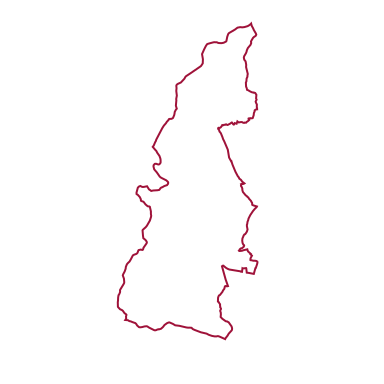 the district of Copsa Mica, Sibiu, Romania, rotated 257°
{"feature_id": "2599482B61193190522325", "entity_name": "Copsa Mica", "entity_type": "district", "adm_level": 2, "iso_a3": "ROU", "parent_name": "Romania", "parent_adm1": "Sibiu", "projection": "albers", "projection_center": [24.264, 46.118], "detail": "fine", "context": "isolated", "style": "outline", "palette": "rose", "viewbox_px": 384, "rotation_deg": 257, "n_neighbors": 0, "source": "geoboundaries", "source_scale": "gbopen_adm2", "svg_char_len": 6034}
<svg xmlns="http://www.w3.org/2000/svg" viewBox="0 0 384 384"><g transform="rotate(257 192 192)"><path d="M342.8,287.5L342.5,287.1L341.6,285.2L341.3,284.2L341.1,283.6L340.9,280.2L341.1,278.1L341.8,276.0L341.9,273.3L340.6,270.4L338.6,264.0L338.2,263.3L337.6,262.7L335.4,261.3L331.4,259.5L331.0,259.1L330.5,257.3L330.3,256.3L330.4,254.2L331.1,251.7L331.6,250.7L332.3,249.9L333.0,247.1L333.0,245.8L332.9,242.7L332.8,240.9L332.6,239.9L331.1,238.3L328.1,235.8L324.1,232.8L318.9,232.5L314.9,231.4L312.8,229.2L312.3,228.1L307.9,216.9L306.2,212.3L305.6,211.4L304.1,210.1L301.2,205.8L300.6,202.8L300.1,201.5L299.8,201.1L299.0,200.6L296.7,200.3L294.0,199.4L289.3,198.9L286.1,197.5L284.9,197.4L279.7,195.7L276.6,195.9L275.8,194.8L273.9,193.2L272.3,192.6L271.0,192.0L268.5,190.2L268.3,189.9L267.9,188.6L268.3,186.2L267.8,185.5L267.4,185.3L266.1,183.3L264.8,182.0L263.0,179.5L260.8,177.3L251.0,168.9L249.9,168.3L248.7,167.2L245.9,165.2L244.8,163.9L240.9,165.9L240.2,166.4L237.9,167.0L234.5,168.4L231.8,168.7L230.3,168.6L228.0,168.1L227.3,167.7L226.4,166.5L226.3,165.8L226.4,165.3L227.5,163.5L227.8,162.3L227.7,161.9L226.7,160.6L225.4,160.2L222.5,160.3L219.1,162.1L214.3,164.0L213.3,164.7L212.2,165.9L209.2,169.5L207.8,170.5L207.0,170.9L206.4,170.9L205.4,170.5L204.3,169.2L204.1,166.9L203.9,165.9L203.3,164.1L203.3,163.3L202.9,162.3L201.5,160.7L201.4,160.5L201.5,158.7L202.2,154.5L202.2,152.5L203.1,151.8L204.2,150.7L207.7,149.5L207.8,146.0L208.1,144.7L209.5,143.0L209.2,141.4L208.4,140.2L203.9,137.8L202.5,137.5L202.1,137.8L201.5,138.5L198.8,140.0L196.5,140.5L195.0,140.3L194.3,141.1L193.5,142.4L193.1,142.7L190.4,143.9L188.2,145.5L187.9,145.9L187.5,147.2L187.1,147.6L182.4,147.6L179.8,147.0L178.0,146.9L176.8,146.4L173.6,144.5L169.3,140.5L168.2,139.1L166.3,135.7L165.8,135.2L160.4,134.4L157.9,134.2L156.0,135.7L154.9,136.3L153.5,136.7L152.8,136.6L152.1,136.1L148.6,132.2L147.4,131.6L146.8,131.1L146.7,130.5L147.4,129.2L147.4,126.9L147.0,126.5L145.1,125.3L144.6,124.7L144.2,123.8L143.9,121.3L143.5,120.1L140.2,117.3L138.3,115.5L137.2,113.6L136.2,112.3L133.9,110.7L132.2,110.1L129.7,108.5L127.4,106.5L126.3,105.8L122.9,106.2L119.4,105.7L118.6,105.4L117.5,104.5L112.9,100.0L112.2,99.7L110.9,99.5L110.3,99.2L108.4,97.8L108.0,97.2L105.8,96.3L102.9,95.5L101.3,94.9L96.9,94.0L96.4,94.1L94.0,95.5L92.7,97.2L91.8,97.9L89.1,99.0L87.9,100.1L87.0,100.5L85.6,99.7L83.5,99.4L82.3,98.2L81.5,100.7L80.4,101.8L80.0,102.5L79.8,103.1L78.7,104.6L77.0,107.3L75.9,108.0L74.3,108.5L72.3,109.9L72.0,110.5L71.8,111.1L71.6,113.0L71.7,115.4L71.5,117.0L71.3,117.8L71.0,118.3L69.6,119.6L66.1,123.8L65.7,124.4L65.5,125.0L65.5,126.2L65.8,127.3L65.8,128.6L65.6,128.8L65.7,131.0L67.0,133.4L68.6,135.3L69.1,136.5L69.8,138.1L70.1,139.9L70.0,140.7L67.8,143.7L65.9,145.6L64.5,149.5L61.3,156.0L60.7,157.6L60.4,159.1L59.8,161.0L58.3,161.9L57.1,163.4L53.3,169.1L50.7,174.4L49.1,176.2L47.3,179.1L46.2,181.6L45.8,183.4L45.8,184.6L45.5,185.4L44.7,186.6L41.2,191.2L42.0,191.8L44.0,194.3L45.7,195.9L48.2,199.5L48.7,199.9L49.6,200.3L50.8,200.4L52.2,200.3L56.8,198.4L58.1,196.9L58.2,196.4L58.5,195.8L61.7,193.0L63.8,191.8L66.2,192.6L68.1,192.9L69.7,192.7L70.1,192.8L71.3,193.8L71.9,194.0L73.6,193.5L74.2,193.8L75.2,193.8L76.3,194.1L77.7,193.5L78.5,193.4L79.4,192.6L83.1,193.6L84.4,194.4L85.1,195.0L85.4,196.1L87.9,199.2L89.1,200.1L90.4,201.7L92.6,202.8L92.8,203.3L92.8,203.8L92.4,204.4L92.2,205.1L92.2,205.9L99.1,205.1L112.9,204.5L113.3,205.7L113.1,206.1L112.7,206.3L110.3,208.2L109.1,209.5L108.1,210.9L103.7,221.6L103.4,221.7L103.0,222.8L106.3,224.0L106.2,224.1L105.9,225.5L105.7,227.6L105.4,227.7L101.1,227.2L100.4,229.1L98.3,233.8L103.3,236.5L103.2,236.7L103.5,237.0L106.9,239.1L108.5,239.9L109.5,240.0L110.3,239.2L110.9,237.8L111.2,236.4L112.2,234.4L112.4,233.7L112.5,233.6L113.7,233.9L114.6,234.4L116.5,236.1L118.1,235.0L118.4,235.4L121.4,233.3L122.6,233.0L123.7,233.0L123.7,229.2L123.5,227.5L123.7,225.8L123.9,224.8L124.2,224.6L124.4,225.0L125.1,225.3L125.3,225.5L126.0,226.7L126.0,228.0L126.9,229.9L127.7,230.6L128.2,230.8L128.6,230.7L129.1,230.2L131.0,229.8L133.3,230.0L135.4,230.7L137.4,232.2L138.0,232.5L138.9,233.6L138.9,234.2L139.5,235.0L141.1,236.6L143.0,237.7L146.3,237.8L147.7,238.1L148.4,238.6L150.5,239.4L151.9,240.4L153.4,241.1L156.4,243.6L159.7,247.1L161.5,249.5L162.7,251.5L163.3,252.0L164.9,249.2L165.8,247.9L166.0,247.8L167.7,248.1L168.4,248.0L169.1,247.6L170.0,247.5L172.7,246.0L174.1,245.6L174.6,245.0L175.8,244.4L176.6,243.6L180.6,241.6L182.6,241.5L184.0,241.8L185.6,241.6L186.5,241.2L187.1,241.1L188.2,241.7L188.6,241.6L188.7,242.2L188.3,243.1L188.4,244.4L188.6,245.0L190.7,243.3L192.9,242.4L194.4,241.1L195.7,240.9L197.0,240.2L201.9,238.9L209.6,237.6L212.3,237.4L212.2,237.3L217.2,235.9L225.2,236.4L234.2,234.8L236.6,234.2L238.7,234.0L242.4,233.4L243.4,233.1L244.7,232.4L246.5,232.3L247.2,231.8L247.9,231.7L248.3,231.8L248.6,232.3L248.2,233.4L248.4,234.2L248.7,234.8L249.4,235.5L249.7,236.1L250.4,236.5L250.3,237.1L250.0,237.7L250.3,238.5L250.0,239.4L250.3,240.4L249.4,241.4L249.3,241.8L250.0,244.5L250.8,246.3L250.7,246.6L248.7,247.4L248.3,247.8L248.3,248.1L249.5,249.2L248.5,250.8L250.6,252.1L249.3,253.1L249.1,255.7L248.7,256.7L247.9,257.5L247.6,258.5L247.8,258.8L247.4,260.2L247.4,260.4L248.0,261.0L248.4,262.3L249.4,264.1L249.7,264.2L250.6,263.5L250.9,263.7L250.7,264.2L250.9,265.2L250.3,266.9L250.4,267.8L253.0,269.4L254.8,270.0L255.5,270.4L256.3,271.1L257.4,271.4L257.6,271.7L258.0,272.7L257.9,274.0L258.4,274.0L259.0,274.3L260.1,274.2L262.7,274.9L264.8,274.4L265.9,274.4L267.4,275.7L268.8,275.5L272.2,276.6L274.2,275.9L274.7,275.2L275.1,274.3L275.0,274.2L275.9,272.5L277.5,270.6L278.3,269.9L279.2,268.6L280.8,268.7L282.5,268.4L286.5,269.1L287.6,269.9L290.2,270.7L291.8,271.9L293.2,272.3L294.5,272.9L301.6,272.8L303.6,273.4L306.8,273.6L307.5,273.5L309.1,272.7L310.9,272.7L311.5,272.8L312.6,273.4L315.0,275.7L316.4,276.7L317.7,277.3L319.7,278.8L322.2,282.1L323.8,283.2L325.3,283.3L326.2,284.0L328.5,286.2L329.1,287.2L329.8,289.1L330.8,290.0L332.1,289.9L336.2,288.6L337.6,288.4L340.4,287.6L342.8,287.5Z" fill="none" stroke="#9f1239" stroke-width="2"/></g></svg>